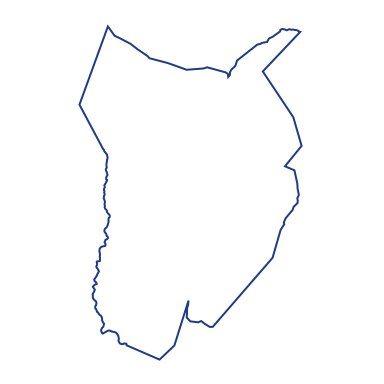 the district of Santos Reyes Pápalo, Oaxaca, Mexico, rotated 269°
{"feature_id": "50627088B34402945572854", "entity_name": "Santos Reyes Pápalo", "entity_type": "district", "adm_level": 2, "iso_a3": "MEX", "parent_name": "Mexico", "parent_adm1": "Oaxaca", "projection": "albers", "projection_center": [-96.887, 17.792], "detail": "fine", "context": "isolated", "style": "outline", "palette": "blue", "viewbox_px": 384, "rotation_deg": 269, "n_neighbors": 0, "source": "geoboundaries", "source_scale": "gbopen_adm2", "svg_char_len": 3290}
<svg xmlns="http://www.w3.org/2000/svg" viewBox="0 0 384 384"><g transform="rotate(269 192 192)"><path d="M211.9,294.8L216.1,285.4L236.2,302.4L265.0,294.6L311.3,264.9L350.2,303.0L350.6,301.8L351.9,299.9L352.6,295.8L352.5,294.1L353.1,292.1L352.0,289.4L352.8,288.0L353.4,285.2L352.7,283.3L351.0,282.9L345.7,275.2L344.2,271.7L340.7,269.7L339.9,264.7L338.9,263.0L338.3,259.9L322.7,239.4L317.3,237.5L313.3,233.2L311.1,232.1L308.3,231.9L306.4,230.2L309.3,230.0L310.9,228.1L316.4,209.4L315.3,205.5L314.3,188.7L316.1,184.1L316.9,182.0L321.4,169.9L326.5,151.8L328.7,149.9L335.7,140.0L341.3,133.0L347.6,121.4L349.6,117.3L359.0,110.8L281.3,81.0L237.4,103.4L236.3,104.1L235.7,104.7L234.5,104.9L233.6,105.5L232.2,106.7L230.9,107.7L229.7,107.8L228.7,108.1L227.5,108.2L226.6,108.0L225.4,107.5L224.1,107.5L223.0,107.2L221.4,106.9L220.4,106.9L219.1,107.0L218.0,107.2L217.3,106.9L216.6,106.4L215.8,106.2L214.8,106.4L213.7,107.0L212.9,107.3L212.3,107.5L211.4,107.5L210.8,107.8L209.8,107.5L208.9,106.8L207.8,106.4L206.8,106.4L206.0,106.6L205.8,106.9L205.6,107.3L205.1,107.3L204.1,106.7L202.4,105.9L200.3,104.5L198.6,104.9L197.3,104.4L196.4,104.1L195.5,104.0L194.7,104.3L193.7,104.4L192.8,104.2L191.6,104.6L190.6,104.5L189.3,103.9L188.5,103.7L187.0,103.7L186.4,104.0L185.5,104.3L184.3,104.7L183.5,104.7L182.4,104.6L181.7,104.4L181.0,104.3L180.5,104.5L180.0,104.7L179.4,104.6L178.2,104.4L177.4,104.7L176.5,105.1L175.7,106.0L174.9,106.5L173.4,106.7L172.8,107.1L172.2,107.5L171.5,108.2L170.9,108.7L170.4,109.2L169.4,109.4L168.2,109.1L167.5,108.3L166.4,108.0L165.2,108.0L164.5,108.1L163.7,108.0L162.8,107.9L161.4,107.4L160.3,107.1L159.5,106.8L158.5,106.1L157.8,105.7L157.2,104.8L156.4,104.1L155.5,103.8L154.0,103.8L153.0,104.3L151.8,105.5L150.1,105.7L149.6,105.9L149.3,106.4L148.9,106.9L148.1,107.1L147.4,107.1L146.2,106.1L145.7,104.7L143.3,103.7L141.6,104.6L140.6,104.6L139.7,104.3L139.0,101.1L138.2,99.7L136.8,98.7L135.3,98.4L134.1,98.4L132.9,98.6L131.9,98.9L130.4,98.9L129.0,98.6L128.3,98.8L125.3,98.8L124.6,98.6L124.4,97.3L124.3,95.9L123.8,95.5L122.0,95.8L120.7,95.8L119.5,95.1L118.6,95.1L115.4,97.2L114.1,97.5L112.0,96.2L109.3,94.9L106.2,92.7L104.9,92.9L103.2,94.6L102.2,95.1L101.5,94.9L101.3,93.9L100.6,92.6L98.9,91.2L96.9,92.6L95.9,93.1L94.7,92.6L93.8,92.3L91.6,90.8L90.8,91.1L88.9,91.0L87.2,91.3L86.7,91.8L85.7,92.5L84.2,94.2L83.5,94.4L81.6,94.4L80.3,93.9L79.6,93.4L78.4,93.1L77.2,93.4L76.5,94.1L75.2,94.6L74.0,94.8L73.3,95.8L71.8,96.7L70.6,97.7L70.1,98.4L69.8,98.9L68.8,99.4L67.4,99.9L65.4,99.8L63.5,100.6L61.8,101.8L60.8,101.5L59.6,101.2L58.6,100.7L57.6,99.7L56.4,99.0L55.2,98.7L53.8,99.0L52.5,99.7L52.0,100.4L52.8,101.7L53.5,103.1L54.4,104.6L54.9,105.8L54.9,107.1L54.4,108.5L53.6,110.2L53.6,111.5L53.1,112.4L52.7,113.7L51.2,114.7L49.7,115.7L47.8,116.1L46.5,116.3L45.2,116.0L44.2,116.0L42.9,116.6L41.9,117.2L41.4,118.2L41.2,119.0L41.1,120.3L41.8,121.5L41.4,123.7L39.8,124.0L25.0,156.6L38.8,171.7L83.5,186.6L79.2,186.1L76.1,185.1L66.7,184.6L62.7,188.0L61.6,195.9L62.8,198.9L59.8,202.7L56.8,207.4L56.8,210.4L124.8,271.4L152.7,280.0L152.8,280.1L158.2,283.7L159.8,283.2L161.1,283.8L164.0,285.1L170.9,291.0L171.9,292.1L175.3,293.3L179.1,297.3L181.4,297.6L184.1,297.2L186.9,298.7L188.3,298.6L189.3,298.4L193.8,297.6L197.2,297.5L198.9,297.4L211.9,294.8Z" fill="none" stroke="#1e3a8a" stroke-width="2"/></g></svg>